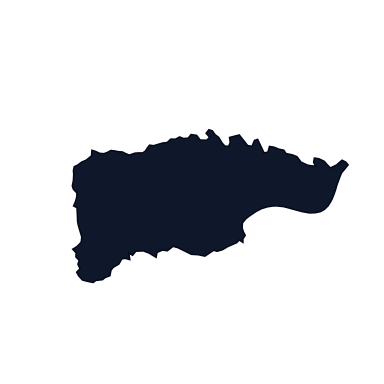 Caiçara, Rio Grande do Sul, Brazil (Mercator projection), rotated 143°
{"feature_id": "56859067B15566329733974", "entity_name": "Caiçara", "entity_type": "district", "adm_level": 2, "iso_a3": "BRA", "parent_name": "Brazil", "parent_adm1": "Rio Grande do Sul", "projection": "mercator", "projection_center": [-53.474, -27.247], "detail": "fine", "context": "isolated", "style": "filled", "palette": "ink", "viewbox_px": 384, "rotation_deg": 143, "n_neighbors": 0, "source": "geoboundaries", "source_scale": "gbopen_adm2", "svg_char_len": 2163}
<svg xmlns="http://www.w3.org/2000/svg" viewBox="0 0 384 384"><g transform="rotate(143 192 192)"><path d="M51.0,119.7L51.2,123.4L53.0,127.1L56.8,126.9L60.2,126.6L67.0,127.9L67.6,132.4L67.9,136.9L70.5,142.0L73.8,145.5L77.0,142.6L77.8,138.1L83.4,143.7L86.9,150.2L86.9,157.1L89.5,161.3L93.8,166.2L93.5,170.2L96.8,173.9L99.5,178.4L102.7,181.8L107.3,178.2L110.9,179.8L107.9,194.6L111.1,195.6L116.6,192.4L119.6,195.6L119.9,209.1L129.2,213.0L131.8,208.4L135.2,206.5L138.0,208.7L138.5,212.8L137.8,219.6L139.1,224.0L138.9,228.6L141.0,231.6L145.4,230.4L145.0,225.1L149.0,224.5L154.2,228.6L154.2,234.5L158.2,238.5L162.7,237.3L166.7,240.0L168.8,243.5L173.4,244.1L177.0,247.0L182.2,246.5L185.5,248.6L189.6,250.2L194.8,252.1L197.7,255.0L201.4,254.0L204.3,252.8L207.9,252.9L210.7,255.1L214.2,257.4L219.8,259.2L221.9,262.7L223.5,265.9L226.4,268.4L229.2,271.5L231.8,274.0L235.6,274.5L239.2,275.6L242.4,278.4L244.5,282.3L246.8,285.6L250.4,281.4L257.3,281.1L262.0,282.3L267.2,282.3L270.8,283.1L273.8,280.5L275.9,277.2L279.7,272.7L284.0,268.8L285.1,265.5L284.5,260.5L286.8,257.6L290.8,254.5L295.0,252.1L293.3,248.8L296.0,244.7L298.6,240.9L300.9,237.7L302.6,234.4L304.7,228.9L307.1,222.4L310.6,218.7L314.0,218.0L317.4,217.7L321.7,218.1L321.2,213.2L323.8,210.0L323.3,205.2L326.6,203.0L327.6,198.1L332.4,197.4L333.0,192.9L332.4,187.5L328.7,182.9L325.4,179.2L322.0,179.2L316.2,175.8L312.9,176.0L308.0,174.5L303.9,178.2L300.5,179.2L293.7,178.5L288.3,180.8L285.3,179.2L282.4,175.4L279.2,181.1L277.6,177.2L272.5,178.5L266.4,174.3L263.1,169.2L260.0,161.4L256.3,164.8L250.4,163.3L247.1,159.9L239.9,160.0L236.9,156.2L230.0,142.6L224.7,138.1L220.3,133.0L213.2,132.6L209.8,132.4L207.6,129.5L202.2,127.5L196.3,126.9L186.9,124.6L183.1,125.2L181.7,121.1L179.4,124.0L175.6,125.3L174.9,129.5L173.5,133.2L170.4,136.9L165.2,138.2L160.8,138.3L157.5,138.1L152.7,137.9L146.7,136.9L141.0,134.9L135.9,132.2L132.6,129.8L127.7,125.2L124.8,121.6L119.6,114.8L115.4,109.5L110.7,104.5L105.8,101.1L101.2,99.0L97.0,98.4L91.9,99.0L87.7,100.5L84.3,102.1L80.3,104.5L75.7,107.6L71.9,110.5L68.3,112.8L64.6,115.2L61.0,117.3L57.4,118.1L54.2,118.9L51.0,119.7Z" fill="#0f172a" stroke="#020617" stroke-width="1.5"/></g></svg>